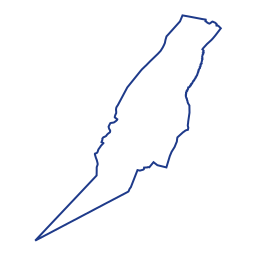 the district of Fljótsdalshreppur, Austurland, Iceland
{"feature_id": "244011B28727550371532", "entity_name": "Fljótsdalshreppur", "entity_type": "district", "adm_level": 2, "iso_a3": "ISL", "parent_name": "Iceland", "parent_adm1": "Austurland", "projection": "albers", "projection_center": [-15.091, 64.811], "detail": "fine", "context": "isolated", "style": "outline", "palette": "blue", "viewbox_px": 256, "rotation_deg": 0, "n_neighbors": 0, "source": "geoboundaries", "source_scale": "gbopen_adm2", "svg_char_len": 4928}
<svg xmlns="http://www.w3.org/2000/svg" viewBox="0 0 256 256"><path d="M187.9,129.8L188.3,127.8L187.8,125.8L187.8,125.1L188.1,123.0L188.2,121.6L189.5,112.7L189.4,106.0L189.4,105.5L189.1,105.0L188.7,104.4L188.0,103.2L187.8,102.5L187.6,102.2L187.5,101.7L187.5,101.1L187.4,100.8L187.0,100.0L186.9,99.8L186.9,99.5L186.9,99.4L187.0,99.2L186.9,98.9L186.8,98.7L186.6,98.5L186.5,98.4L186.6,98.1L186.3,97.6L186.1,97.2L186.0,96.9L185.9,96.7L185.9,96.2L185.8,95.9L186.0,95.5L186.0,95.3L185.8,95.0L185.8,94.9L185.9,94.7L186.0,94.5L185.9,94.2L186.0,94.0L186.1,93.8L186.1,93.6L186.1,93.4L186.0,93.2L186.0,92.9L186.0,92.6L186.2,92.4L186.3,92.4L186.3,92.1L186.4,91.9L186.4,91.7L186.5,91.5L186.5,91.1L186.8,90.9L187.1,90.9L187.1,90.7L187.1,90.3L187.2,90.1L187.3,89.8L187.5,89.6L187.9,89.5L187.9,89.4L187.9,89.2L187.9,88.9L188.1,88.2L188.2,87.8L188.2,87.6L188.3,87.6L188.5,87.5L188.9,87.4L189.1,87.3L189.1,87.2L189.4,87.1L189.5,86.9L189.5,86.7L189.8,86.5L189.8,86.3L189.9,86.1L190.0,86.2L190.2,85.9L190.5,85.7L190.4,85.6L190.4,85.4L190.6,85.3L190.9,84.9L191.0,84.6L191.2,84.4L191.2,84.0L191.2,83.9L191.4,83.8L191.5,83.8L191.6,83.7L191.8,83.5L192.1,83.5L192.2,83.3L192.3,83.1L192.4,82.6L192.5,82.4L192.7,82.1L192.9,81.9L193.0,81.6L193.2,81.0L193.4,80.8L193.8,80.8L193.9,80.7L194.0,80.6L194.0,80.3L194.1,80.0L194.4,79.8L194.4,79.5L194.6,79.2L194.9,78.9L195.1,78.5L195.3,78.4L195.4,78.2L195.5,78.1L195.5,77.8L195.6,77.6L195.6,77.4L195.8,77.3L195.8,77.1L196.1,76.9L196.3,76.6L196.3,76.3L196.3,76.2L196.7,75.8L196.9,75.5L197.0,75.4L197.0,75.2L197.2,74.9L197.2,74.6L197.2,74.4L197.3,74.1L197.6,73.8L197.7,73.2L197.9,72.8L197.9,72.4L198.0,72.3L198.2,72.1L198.2,71.8L198.4,71.6L198.4,71.4L198.2,71.3L198.2,71.2L198.3,71.0L198.6,70.8L198.7,70.6L198.6,70.4L198.7,70.2L198.6,69.9L198.9,69.5L199.0,69.4L199.3,68.7L199.6,68.3L199.8,68.3L199.9,68.2L199.8,67.8L200.0,67.5L200.1,67.0L200.0,66.9L200.4,66.6L200.5,66.3L200.5,66.1L200.4,66.0L200.4,65.9L200.6,65.8L200.6,65.7L200.7,65.3L200.7,65.2L200.6,64.9L200.5,64.6L200.7,64.3L200.7,64.1L200.8,64.0L201.1,64.0L201.3,63.9L201.5,63.7L201.4,63.6L201.4,63.4L201.5,63.2L201.4,62.7L201.5,62.5L201.5,62.4L201.7,61.8L201.8,61.6L201.8,61.4L201.8,61.2L201.9,60.9L202.0,60.5L202.1,60.2L202.2,59.7L202.1,59.3L202.3,59.2L202.2,59.0L202.2,58.8L202.1,58.7L202.4,58.3L202.5,58.1L202.4,57.9L202.4,57.7L202.2,57.3L202.2,57.2L202.1,56.9L202.2,56.6L202.3,56.3L202.3,56.2L202.4,55.7L202.5,55.3L202.6,55.2L202.6,54.9L202.8,54.6L202.7,54.3L202.9,53.9L203.2,53.8L203.2,53.7L203.4,53.2L203.5,53.1L203.5,52.9L203.6,52.6L203.4,52.5L203.4,52.4L203.4,52.2L203.2,52.1L203.4,51.9L203.3,51.7L203.5,51.5L203.6,51.2L203.5,50.9L203.6,50.7L203.2,50.2L203.0,49.9L202.9,49.8L202.4,49.3L203.1,48.3L207.0,44.0L208.0,43.1L211.3,40.1L212.9,38.4L215.4,35.4L220.8,28.3L218.6,26.1L218.1,25.9L217.8,25.6L217.5,25.4L217.2,25.4L217.0,25.5L216.9,25.4L216.8,25.5L216.6,25.5L216.6,25.1L216.4,24.9L216.6,24.6L216.7,24.3L216.7,24.2L215.4,22.9L214.7,22.5L213.9,22.2L213.6,22.0L212.6,21.6L212.2,21.7L211.5,22.2L210.6,22.9L210.3,23.2L209.8,23.4L209.4,23.6L209.1,23.5L208.3,23.2L207.1,22.5L206.7,22.0L206.2,21.6L205.6,21.4L205.5,21.2L205.4,21.1L205.5,20.8L205.8,20.1L205.8,19.9L205.7,19.6L202.5,19.1L188.2,16.4L182.5,15.4L180.0,21.4L168.7,34.0L166.5,36.4L165.5,39.8L164.9,42.9L164.1,44.8L163.4,46.2L162.8,47.4L160.6,50.9L157.9,53.8L150.1,61.3L146.1,65.4L145.1,66.3L142.0,69.3L140.7,70.8L127.3,87.4L117.8,105.2L116.9,106.5L116.6,107.0L116.2,108.0L116.1,108.8L116.0,109.9L116.1,110.6L116.2,111.4L116.2,112.0L116.2,112.9L116.1,113.5L115.8,113.9L115.5,114.5L114.9,116.3L114.8,116.8L114.8,117.2L114.8,117.4L115.1,117.6L117.3,119.3L117.0,120.0L116.1,120.9L114.2,122.3L113.7,122.5L112.7,122.7L111.1,122.9L110.6,123.1L110.3,123.2L110.2,123.5L109.7,124.3L108.8,126.2L108.6,126.6L108.7,127.2L108.9,128.0L109.1,128.6L109.5,129.5L110.1,130.3L110.2,131.1L110.1,131.6L109.9,132.3L108.0,133.7L106.9,134.8L106.4,135.6L105.9,136.1L104.4,136.9L103.5,137.2L103.2,137.5L102.4,138.5L102.3,138.9L102.4,139.4L102.4,139.8L101.5,142.1L103.2,142.9L103.4,143.1L103.1,143.5L101.0,145.7L100.5,146.4L100.4,146.7L100.3,146.8L99.9,147.3L99.3,148.2L98.7,149.0L98.5,149.3L98.3,149.7L97.9,151.0L97.7,151.5L97.4,152.3L97.1,152.7L96.5,153.1L95.0,153.6L94.9,153.8L94.9,154.1L94.9,154.4L95.9,157.8L96.8,160.1L97.5,162.9L97.6,163.6L97.7,164.1L97.6,164.6L97.4,165.3L96.8,166.9L96.7,167.5L96.7,168.3L96.7,170.9L96.6,175.5L80.5,192.6L65.1,208.9L51.4,223.4L35.2,240.6L60.7,227.2L83.1,215.4L104.5,204.1L127.8,191.9L128.4,191.5L128.7,191.0L129.4,189.3L129.9,188.4L130.8,187.3L137.5,170.1L139.9,170.6L142.8,169.8L143.5,169.5L143.7,169.3L143.9,169.1L144.0,168.5L144.1,167.6L147.4,167.4L147.9,167.1L148.2,167.1L148.5,167.1L149.3,167.3L153.5,162.2L157.4,165.2L166.4,167.4L169.8,156.1L171.6,151.8L174.6,147.0L175.7,144.3L176.1,143.3L176.8,141.7L177.3,137.8L177.4,137.6L177.5,137.3L182.9,132.4L183.7,131.8L184.4,131.4L184.9,130.9L185.6,130.5L186.2,130.2L187.9,129.8Z" fill="none" stroke="#1e3a8a" stroke-width="2"/></svg>